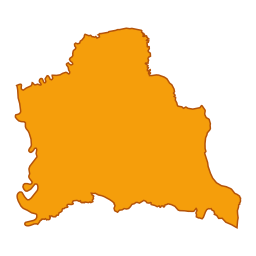 outline of Ban Sang, Prachin Buri, Thailand
{"feature_id": "78962969B49210978895600", "entity_name": "Ban Sang", "entity_type": "district", "adm_level": 2, "iso_a3": "THA", "parent_name": "Thailand", "parent_adm1": "Prachin Buri", "projection": "mercator", "projection_center": [101.25, 13.956], "detail": "fine", "context": "isolated", "style": "filled", "palette": "amber", "viewbox_px": 256, "rotation_deg": 0, "n_neighbors": 0, "source": "geoboundaries", "source_scale": "gbopen_adm2", "svg_char_len": 5670}
<svg xmlns="http://www.w3.org/2000/svg" viewBox="0 0 256 256"><path d="M143.8,35.4L143.4,34.7L144.3,34.4L143.6,33.4L142.9,33.8L142.3,32.6L141.6,32.2L141.8,30.8L141.3,30.3L131.9,28.4L129.8,28.7L126.3,28.2L119.6,29.6L117.7,29.6L115.5,30.4L108.9,31.6L108.4,32.3L100.4,33.7L100.0,33.5L98.1,34.8L99.2,35.3L99.5,36.9L97.0,38.1L95.8,36.5L94.6,37.2L93.0,36.7L92.0,36.7L90.7,35.3L88.9,35.7L85.1,34.3L84.5,35.1L84.1,37.2L82.0,39.9L80.3,41.1L79.6,43.2L77.6,43.8L75.6,43.1L74.5,44.1L74.7,46.0L75.7,47.3L75.7,48.3L75.0,49.3L73.6,50.4L73.2,51.1L72.7,53.7L72.9,55.2L72.5,56.1L71.9,56.9L70.1,58.1L69.5,59.3L70.3,61.0L71.8,62.1L72.4,62.8L72.7,63.7L72.6,64.3L71.4,64.9L70.8,64.9L69.3,64.0L68.3,62.8L67.1,63.4L66.4,64.1L66.6,65.1L68.1,67.1L68.7,70.1L69.7,71.8L69.7,73.0L69.3,73.7L68.6,73.9L66.8,72.6L65.9,72.3L62.7,73.3L60.1,74.8L56.5,75.4L52.2,75.2L52.1,75.7L52.8,78.2L52.1,79.4L51.4,79.8L50.1,79.2L49.2,77.2L48.2,75.9L47.2,75.7L45.2,78.7L45.2,79.4L45.9,81.5L45.4,82.6L44.5,82.8L43.9,82.5L42.3,78.9L41.6,78.5L40.6,78.6L39.7,79.5L39.3,80.9L39.5,81.8L41.0,84.0L41.1,84.6L40.8,85.0L39.7,85.0L37.7,84.1L35.6,84.8L34.7,84.8L33.9,84.2L32.6,82.7L32.2,82.6L31.8,84.7L30.9,85.9L26.1,88.1L23.4,90.1L22.3,89.8L21.3,88.8L21.2,87.6L21.5,85.1L21.1,84.4L20.3,84.2L19.0,84.5L16.6,85.5L17.1,86.4L17.7,90.0L18.2,98.0L19.7,103.6L20.7,111.3L20.4,112.5L19.3,113.7L18.0,114.3L15.8,114.8L15.4,115.8L15.4,117.1L16.6,118.8L18.7,120.8L21.1,121.6L24.3,121.8L25.4,122.8L25.4,126.5L25.7,127.6L26.3,128.8L28.1,131.0L29.1,132.9L31.0,139.1L31.4,144.9L31.0,146.5L29.5,148.5L28.9,149.8L28.8,150.7L29.1,151.4L30.2,152.3L31.1,152.3L32.0,151.8L33.3,150.6L34.4,148.8L35.1,148.2L36.2,148.3L36.8,149.5L36.1,153.5L36.9,156.2L36.9,157.0L29.9,166.1L29.0,168.6L29.0,169.7L29.7,173.8L28.9,175.8L28.8,176.9L29.4,178.3L32.0,181.7L32.0,183.0L31.1,184.0L30.2,184.4L27.3,183.6L24.9,183.6L23.5,184.6L22.9,186.9L23.7,188.9L25.0,190.5L25.9,191.1L27.3,191.1L29.9,189.7L31.1,188.8L34.9,184.1L36.3,184.0L37.0,184.3L37.4,184.8L37.9,186.5L37.9,188.5L37.4,190.3L31.2,198.1L29.1,199.7L27.6,199.8L26.7,199.2L24.6,196.8L22.1,192.6L21.1,192.0L19.5,192.1L18.1,193.3L17.4,194.5L17.1,196.0L17.3,198.1L18.3,201.1L20.9,206.0L22.4,207.6L23.3,208.4L27.4,210.3L31.6,212.8L35.9,213.9L36.8,214.9L36.8,217.2L36.0,218.8L35.4,219.4L33.6,220.4L25.8,222.3L25.3,222.6L24.8,223.6L24.9,224.5L25.6,225.3L27.0,225.8L28.5,225.8L30.3,225.4L34.3,223.9L36.4,223.8L37.7,224.3L39.9,221.4L40.1,220.7L41.2,220.2L41.5,219.3L42.3,219.4L42.8,219.0L44.4,219.3L45.5,218.7L46.7,219.9L47.5,219.5L48.8,219.7L49.7,219.2L50.0,218.5L49.8,218.0L50.3,217.6L49.6,216.4L49.6,216.0L50.8,216.2L51.7,215.9L53.1,216.8L55.4,216.8L55.9,216.5L56.3,215.5L56.9,215.2L58.2,215.2L59.1,212.8L61.0,211.9L62.0,211.0L62.2,209.3L62.6,208.7L63.9,208.7L64.9,207.8L67.6,207.2L67.8,206.7L67.0,205.8L67.4,204.6L68.6,204.3L70.8,204.5L71.2,204.3L71.8,204.5L73.0,204.0L73.2,203.4L72.4,202.7L72.4,202.3L73.3,200.8L77.0,200.4L79.3,201.4L80.2,200.7L80.6,201.1L80.8,202.1L82.0,202.8L82.9,202.3L83.3,202.7L83.9,202.4L84.6,202.7L85.1,202.0L88.5,202.6L90.0,201.9L90.8,202.6L92.8,201.7L92.9,201.4L92.4,200.7L92.5,199.7L93.5,198.8L93.2,197.4L93.7,196.3L93.5,195.8L92.7,195.6L92.2,195.0L91.3,193.2L91.6,193.2L93.2,193.5L95.3,193.3L98.5,195.0L101.8,195.7L104.4,196.7L109.7,199.6L111.9,201.1L114.0,202.9L114.3,203.3L114.0,203.8L115.0,205.4L114.7,206.7L114.0,208.2L114.7,210.7L117.6,212.2L119.4,210.2L122.3,209.8L124.1,208.6L126.6,209.0L128.6,208.5L130.3,206.8L131.9,204.4L134.5,203.6L135.8,202.5L137.3,202.4L139.4,203.1L143.8,200.4L145.7,201.2L147.0,202.8L149.1,203.1L150.5,202.5L151.1,202.9L151.0,204.0L151.2,204.5L155.0,205.5L157.2,206.7L159.1,205.9L160.1,207.3L160.6,207.2L161.2,206.1L161.8,205.9L163.3,206.1L163.5,206.9L164.1,206.9L164.6,206.4L165.0,205.0L166.8,204.5L168.0,203.8L171.4,204.6L174.9,206.3L178.1,210.0L179.6,210.6L184.6,210.8L188.2,211.3L193.1,211.4L194.0,211.1L196.1,208.4L196.5,208.8L197.0,210.3L195.9,213.0L196.5,214.4L196.3,216.8L198.4,217.9L199.4,217.9L202.1,218.8L203.4,217.3L205.5,211.8L206.8,209.6L208.7,208.6L210.1,208.9L211.1,208.6L212.2,210.3L213.3,210.7L214.1,211.4L214.3,212.9L214.8,213.8L214.4,214.4L216.7,215.4L218.7,218.4L222.2,218.3L225.8,222.2L231.6,224.7L237.0,227.8L237.6,220.6L238.1,217.9L237.6,214.1L237.4,210.6L238.5,207.2L238.7,204.8L239.8,204.0L239.5,203.0L240.2,202.1L240.5,201.2L240.4,199.3L240.6,198.2L240.0,197.6L239.6,196.2L237.3,194.5L234.7,193.3L231.7,189.4L230.8,188.7L226.2,186.7L221.4,185.7L216.5,182.8L212.7,178.2L210.5,173.5L208.1,166.4L207.6,162.5L204.8,153.8L204.7,152.7L205.6,151.9L205.9,151.3L205.1,148.6L205.0,143.7L205.6,137.8L206.8,135.1L207.3,132.9L209.9,129.7L210.4,128.5L210.1,125.2L210.4,123.8L209.2,119.6L208.7,119.0L206.2,117.6L204.9,114.9L204.7,113.7L205.2,110.8L205.0,110.0L202.2,105.9L201.7,105.6L201.3,105.8L199.9,107.7L192.8,109.1L187.9,108.3L185.9,107.0L183.5,108.3L181.8,106.8L178.1,106.2L177.3,105.1L176.8,102.9L175.3,100.1L175.6,97.4L174.1,96.5L175.1,95.2L173.5,93.1L174.5,91.7L174.0,89.0L171.8,84.8L169.6,83.1L166.9,78.8L164.3,77.1L158.7,75.1L156.4,74.9L151.6,75.6L149.5,75.6L149.5,74.5L148.7,73.9L148.6,73.5L150.3,73.5L150.5,73.0L150.1,72.6L148.7,72.5L148.7,72.2L150.3,70.4L150.3,70.0L150.2,69.7L148.1,70.8L147.4,70.7L147.4,69.2L148.4,67.6L147.3,66.9L148.0,65.6L145.4,63.6L145.5,63.2L146.0,63.0L148.0,63.2L148.1,61.8L148.6,60.1L148.0,59.0L148.0,58.4L148.6,57.2L150.5,56.2L150.3,53.2L148.6,51.9L148.0,50.9L149.3,48.7L149.2,46.8L148.8,46.5L147.7,46.9L147.3,46.7L147.2,44.0L146.9,43.2L147.0,42.7L148.3,42.3L148.7,40.8L146.8,40.7L146.5,40.5L147.0,39.7L148.8,38.9L148.5,38.6L147.9,38.7L147.3,37.3L146.7,37.2L146.5,35.9L145.4,35.8L144.9,36.2L144.7,35.9L143.5,36.5L143.0,36.3L143.0,36.0L143.8,35.4Z" fill="#f59e0b" stroke="#b45309" stroke-width="1.5"/></svg>